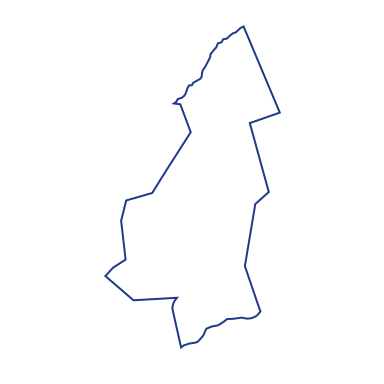 Jardim do Mulato, Piauí, Brazil, rotated 256°
{"feature_id": "56859067B52295682462002", "entity_name": "Jardim do Mulato", "entity_type": "district", "adm_level": 2, "iso_a3": "BRA", "parent_name": "Brazil", "parent_adm1": "Piauí", "projection": "robinson", "projection_center": [-42.519, -6.135], "detail": "fine", "context": "isolated", "style": "outline", "palette": "blue", "viewbox_px": 384, "rotation_deg": 256, "n_neighbors": 0, "source": "geoboundaries", "source_scale": "gbopen_adm2", "svg_char_len": 1093}
<svg xmlns="http://www.w3.org/2000/svg" viewBox="0 0 384 384"><g transform="rotate(256 192 192)"><path d="M59.5,229.5L65.5,228.9L107.3,225.4L165.0,250.5L173.4,266.5L235.6,265.0L244.9,264.7L247.8,296.4L340.1,282.1L339.4,278.6L336.3,273.2L336.1,270.1L334.8,267.2L332.4,262.8L332.7,259.3L330.1,256.7L330.0,253.1L326.4,250.4L324.3,247.3L322.7,245.3L321.2,243.3L318.5,242.3L311.6,236.3L309.6,234.4L307.8,232.1L305.0,230.5L301.6,229.3L299.9,227.6L298.8,223.7L297.7,219.6L295.6,217.7L296.2,215.1L294.3,213.1L288.6,209.3L287.1,207.5L285.9,204.8L285.6,200.8L283.2,198.3L282.3,195.9L279.9,201.9L250.3,205.2L218.8,171.9L211.6,164.4L200.7,153.2L199.7,126.1L181.3,116.3L144.7,111.5L142.5,111.2L137.6,97.0L131.4,87.6L101.1,109.0L93.0,151.8L91.0,149.2L88.8,147.2L85.6,145.4L82.8,144.7L43.9,143.8L45.1,146.9L45.6,152.2L45.1,157.7L45.1,160.9L46.7,163.5L50.0,168.2L52.8,170.4L55.8,172.7L56.6,177.3L56.6,181.1L56.3,184.6L57.2,187.9L58.5,191.5L60.3,195.4L59.1,200.6L58.6,204.9L58.1,209.7L55.8,214.7L55.2,218.6L55.5,221.8L56.2,224.7L58.0,227.5L59.5,229.5Z" fill="none" stroke="#1e3a8a" stroke-width="2"/></g></svg>